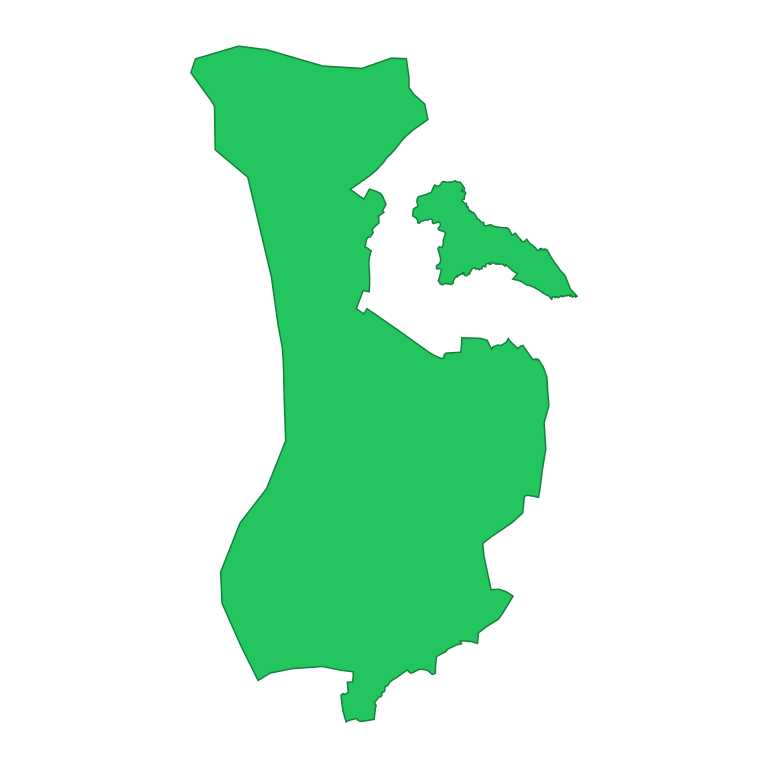 Ishielu, Ebonyi, Nigeria
{"feature_id": "59680162B77807256215392", "entity_name": "Ishielu", "entity_type": "district", "adm_level": 2, "iso_a3": "NGA", "parent_name": "Nigeria", "parent_adm1": "Ebonyi", "projection": "mercator", "projection_center": [7.857, 6.423], "detail": "fine", "context": "isolated", "style": "filled", "palette": "green", "viewbox_px": 768, "rotation_deg": 0, "n_neighbors": 0, "source": "geoboundaries", "source_scale": "gbopen_adm2", "svg_char_len": 6121}
<svg xmlns="http://www.w3.org/2000/svg" viewBox="0 0 768 768"><path d="M258.1,680.5L270.1,673.1L292.0,668.7L322.2,666.5L341.5,670.3L353.3,671.8L353.1,674.8L353.3,677.3L352.9,678.7L352.8,679.5L352.8,682.0L347.3,682.2L348.0,688.9L347.8,689.2L348.2,690.3L348.2,692.0L347.3,693.1L344.2,694.6L343.2,693.5L341.0,695.0L342.2,705.7L343.0,711.1L346.1,721.9L348.5,720.6L349.7,720.2L351.3,719.7L354.5,719.1L355.5,718.6L356.4,718.6L357.0,718.9L357.2,719.6L357.8,720.2L360.9,721.5L374.1,719.4L375.5,708.0L376.1,705.6L374.5,702.6L378.7,697.2L381.0,696.7L381.9,695.1L381.8,692.6L383.8,691.9L384.9,690.6L384.9,688.0L385.4,686.1L387.6,685.7L390.1,681.8L394.1,679.0L396.0,678.0L407.2,670.0L409.8,672.7L411.6,673.1L418.6,669.6L421.1,669.2L424.9,669.7L427.8,670.5L432.1,674.3L433.0,674.4L434.5,673.7L435.4,673.2L435.4,667.2L436.4,657.1L437.9,655.7L444.1,652.5L446.3,651.1L447.3,649.4L456.5,644.9L461.6,643.7L460.2,640.8L465.1,641.0L468.2,641.5L471.6,641.5L473.6,642.3L477.5,643.4L478.4,632.9L486.1,626.9L498.7,619.0L502.1,614.1L513.1,596.2L505.9,591.5L499.3,589.3L491.0,589.6L483.9,555.8L482.7,543.5L491.1,536.9L512.4,522.4L522.7,512.9L524.4,496.3L527.5,495.3L534.1,496.3L536.1,496.9L538.6,497.3L539.0,494.2L539.6,491.7L542.3,470.2L545.8,449.1L544.1,422.6L548.9,405.7L547.7,391.4L546.9,377.1L543.2,366.9L538.4,359.4L537.5,359.8L536.4,359.0L536.1,359.9L535.7,359.9L535.2,359.1L533.0,359.6L531.2,357.4L522.9,345.4L520.4,346.2L519.7,347.0L517.6,348.4L509.6,340.8L508.3,338.5L506.5,342.0L501.3,345.4L497.6,345.1L492.9,347.0L491.7,349.1L489.8,345.9L487.2,340.3L481.2,338.5L477.1,338.2L461.8,337.8L461.7,342.2L460.9,352.2L446.1,353.1L444.3,354.6L443.7,358.2L440.9,358.4L433.7,355.1L429.3,352.5L394.7,327.8L367.0,308.7L363.9,313.9L356.3,308.7L363.2,290.5L369.3,291.8L369.3,288.3L369.6,285.4L369.6,276.2L368.8,263.0L369.4,257.1L371.2,250.8L369.3,249.8L367.6,248.0L364.9,247.2L366.8,238.9L367.9,237.3L370.1,237.1L373.2,232.6L372.6,231.3L372.5,229.0L375.8,225.7L379.0,222.8L378.6,215.7L379.5,215.7L379.8,215.2L381.9,213.7L383.7,212.7L383.9,212.3L382.5,210.0L383.6,208.8L386.0,204.4L382.8,196.7L380.7,193.5L375.8,191.2L369.4,189.1L363.9,199.2L350.1,189.3L351.8,188.2L352.9,187.7L357.3,184.4L359.7,183.1L361.5,181.2L364.3,179.7L366.6,177.8L369.4,176.0L373.8,172.3L377.6,168.8L380.3,165.7L382.2,163.9L383.6,162.3L386.1,158.5L388.3,156.2L390.0,154.8L394.0,150.5L400.2,142.7L402.6,139.6L404.7,137.5L406.7,135.5L410.3,132.5L411.9,130.8L427.9,119.5L424.7,104.0L413.8,94.4L409.0,87.6L409.0,77.3L406.3,58.7L391.3,58.1L362.0,68.4L322.6,66.0L265.6,49.4L262.9,49.3L238.6,46.1L195.4,58.9L190.9,72.7L211.1,100.6L214.5,106.2L215.2,149.8L247.8,177.2L271.4,276.9L278.2,325.7L282.3,347.4L283.4,363.0L284.3,400.6L285.7,440.7L266.6,488.6L240.1,522.9L220.6,572.2L222.0,603.1L241.1,646.3L258.1,680.5ZM456.3,181.5L455.4,180.8L453.7,181.3L452.6,181.9L446.6,182.3L445.3,181.7L443.0,181.6L441.5,182.6L440.9,184.2L439.3,185.8L436.6,186.3L435.4,185.2L434.5,185.0L431.2,192.3L425.7,194.6L418.3,196.8L417.3,198.6L416.8,201.4L417.8,205.4L417.6,206.5L414.6,208.2L413.5,209.0L413.2,210.9L412.9,212.8L412.8,215.9L413.4,216.4L416.4,217.9L417.8,220.9L417.7,222.4L418.1,223.1L418.9,223.2L419.5,222.9L421.2,221.2L423.4,220.8L424.4,220.1L428.0,220.0L429.7,219.0L431.6,219.1L432.5,220.4L432.4,222.9L433.3,223.6L438.5,222.1L439.7,222.5L440.3,223.8L440.3,225.7L438.8,227.5L438.1,228.8L438.7,229.7L440.5,230.6L444.1,231.5L445.6,233.3L443.2,240.4L443.5,243.1L442.3,247.3L439.5,246.9L438.6,247.2L437.9,249.0L439.6,254.3L440.7,259.8L439.7,263.6L436.6,265.6L436.4,268.6L437.2,268.9L440.2,268.7L441.4,269.6L439.5,277.4L438.3,280.7L438.5,281.3L438.9,281.8L439.8,282.4L440.2,284.1L442.9,284.8L443.4,284.0L445.0,283.4L445.7,283.8L446.4,283.4L447.8,284.1L448.7,283.8L449.4,283.8L450.5,284.5L451.9,284.3L453.3,282.8L453.4,281.0L455.1,277.7L456.8,275.8L457.3,276.9L457.7,276.4L458.0,275.7L458.6,275.2L459.3,275.4L460.4,274.3L461.8,273.8L462.7,274.2L462.7,272.7L463.5,272.6L463.9,272.8L464.6,275.1L466.2,275.9L466.9,275.7L467.7,274.9L468.7,273.5L469.6,274.1L469.8,273.6L469.5,272.9L469.8,272.3L470.3,272.0L470.9,271.1L470.7,270.5L471.3,270.1L472.7,268.3L474.7,267.8L475.8,269.1L476.5,268.6L477.4,269.0L478.5,268.9L479.0,269.6L479.4,269.8L479.8,269.5L479.9,268.9L481.9,268.7L482.5,266.3L483.5,266.2L485.0,266.8L485.8,266.8L485.7,265.1L486.6,263.8L489.3,263.0L489.5,264.4L491.3,263.9L491.8,262.9L492.8,263.0L494.3,262.9L495.5,264.0L496.2,264.3L497.3,263.4L498.0,264.2L499.2,264.2L499.9,264.0L502.3,264.2L505.2,266.1L505.9,264.6L513.3,271.2L517.4,273.8L512.8,279.2L518.3,280.4L520.9,281.3L522.8,282.6L524.6,283.6L526.4,284.9L528.9,285.3L530.1,285.7L531.8,286.5L533.0,286.8L539.3,290.3L541.2,291.5L542.4,292.6L546.3,294.9L549.5,296.4L550.5,298.1L551.5,299.3L551.8,299.4L552.1,298.4L552.0,297.8L552.4,297.1L552.9,296.7L554.3,296.8L555.0,297.5L555.4,297.6L555.7,297.4L555.6,296.8L556.4,296.4L556.7,296.5L557.5,297.5L558.6,297.6L560.2,296.4L560.9,295.9L561.7,295.7L561.8,296.6L562.8,296.7L564.3,296.2L565.4,295.7L566.7,296.0L567.8,295.2L569.1,295.3L569.6,296.2L570.2,295.8L570.9,294.9L571.4,295.4L571.4,296.3L572.1,296.4L572.4,297.1L573.7,296.7L574.9,295.9L575.8,297.1L577.1,296.2L570.4,289.1L565.7,277.2L564.7,275.3L559.8,269.8L558.0,267.0L555.3,263.4L551.5,257.9L546.9,249.6L545.7,250.3L545.2,249.0L542.4,249.6L541.6,248.4L539.8,248.8L540.1,249.8L537.5,250.5L534.9,247.2L531.3,244.4L530.3,244.3L527.7,240.6L526.6,239.3L523.9,242.0L520.7,240.6L521.1,240.0L518.2,237.1L515.4,233.2L512.0,235.1L509.5,229.9L507.6,228.1L505.2,227.6L502.2,227.7L493.7,226.3L493.1,226.1L492.4,225.6L491.9,225.5L491.1,224.7L490.1,224.9L489.4,225.4L488.8,225.0L487.1,225.7L484.8,225.9L483.8,224.2L483.8,222.6L481.4,222.2L480.2,221.1L479.5,219.9L477.7,218.9L474.5,213.7L473.1,212.4L472.2,212.7L471.9,212.0L470.9,211.1L470.2,211.6L469.4,211.4L469.6,210.2L468.3,208.9L468.1,207.1L467.7,206.5L466.6,206.9L466.4,203.5L464.5,203.5L463.6,201.9L462.8,201.7L462.0,201.3L462.0,200.0L464.3,199.1L464.4,195.8L465.6,193.7L465.5,192.5L465.0,191.9L462.3,191.5L461.5,191.1L461.6,190.2L462.5,189.8L464.3,190.1L464.5,188.6L464.3,187.8L462.9,186.6L463.1,186.0L460.1,182.0L458.8,182.3L456.3,181.5Z" fill="#22c55e" stroke="#15803d" stroke-width="1.5"/></svg>